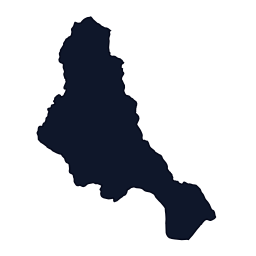 El Tambo, Cañar, Ecuador, rotated 92°
{"feature_id": "8360857B65217893137982", "entity_name": "El Tambo", "entity_type": "district", "adm_level": 2, "iso_a3": "ECU", "parent_name": "Ecuador", "parent_adm1": "Cañar", "projection": "albers", "projection_center": [-78.917, -2.482], "detail": "fine", "context": "isolated", "style": "filled", "palette": "ink", "viewbox_px": 256, "rotation_deg": 92, "n_neighbors": 0, "source": "geoboundaries", "source_scale": "gbopen_adm2", "svg_char_len": 5872}
<svg xmlns="http://www.w3.org/2000/svg" viewBox="0 0 256 256"><g transform="rotate(92 128 128)"><path d="M179.5,78.5L179.5,79.7L179.3,80.4L178.4,81.6L177.1,81.9L175.8,81.7L174.1,82.6L173.5,82.5L172.4,83.2L172.1,83.9L171.0,84.4L170.2,85.6L168.6,86.7L168.1,87.2L167.5,87.4L166.7,87.5L165.4,87.5L164.7,87.6L163.3,88.1L161.5,89.2L158.2,92.1L157.0,92.8L155.7,93.3L155.1,93.7L154.4,94.3L154.1,94.9L153.6,96.2L152.2,98.6L151.8,99.4L151.5,100.0L149.8,101.3L149.4,101.8L147.6,104.3L146.6,105.4L146.1,105.7L145.5,106.0L144.9,106.3L144.3,106.6L143.5,106.8L141.6,107.6L141.1,108.0L140.6,108.5L140.7,109.8L140.3,110.3L139.9,111.0L140.1,112.6L139.2,113.4L138.6,113.6L137.2,113.9L135.1,113.7L133.9,113.9L130.8,115.3L129.3,116.2L125.1,119.2L124.0,119.7L122.3,119.1L120.3,118.2L119.1,117.8L118.1,117.6L116.2,118.0L114.8,119.1L113.2,120.9L112.5,121.2L111.9,121.3L111.0,121.0L110.1,121.2L109.0,121.1L107.7,121.1L106.6,120.7L105.8,120.8L104.7,120.3L103.9,120.4L103.2,120.3L101.6,121.0L99.9,123.5L98.9,124.4L98.5,125.1L98.3,125.8L97.5,126.7L96.5,127.8L96.2,128.2L95.7,130.6L95.4,131.4L94.6,132.1L93.4,132.8L91.3,133.7L90.1,133.7L89.2,133.4L87.9,133.1L86.2,133.2L85.4,133.3L84.1,134.1L81.0,135.6L80.1,136.3L79.6,136.4L78.7,136.4L77.5,136.2L76.6,135.8L74.7,134.7L74.0,134.4L73.7,134.3L73.2,134.4L72.8,134.7L72.2,135.3L71.7,135.6L69.7,135.8L69.1,135.7L68.9,136.1L68.5,136.7L67.8,137.3L67.6,137.4L66.8,137.1L66.6,137.1L66.2,137.3L65.6,137.0L65.0,136.9L64.1,136.4L63.7,135.5L63.2,135.0L62.8,134.8L61.8,136.1L61.1,136.2L60.8,136.4L60.2,137.3L59.4,138.2L58.8,140.8L57.1,143.5L56.9,144.7L57.1,145.9L57.0,146.9L56.7,147.6L56.1,148.5L55.7,148.8L55.3,149.0L53.7,148.8L53.3,149.0L52.8,149.6L52.4,149.8L50.4,150.0L49.7,150.2L48.1,150.4L42.3,150.1L41.0,150.2L39.7,150.5L37.7,150.3L37.1,150.1L35.0,149.6L32.8,150.1L32.4,150.1L31.8,149.8L31.3,149.1L29.5,151.6L29.2,152.4L29.0,153.1L28.9,154.9L27.9,156.7L27.4,158.1L26.3,159.3L25.4,160.5L25.1,161.0L24.6,162.6L21.0,166.9L19.6,168.0L18.5,169.1L18.9,170.0L19.3,172.2L19.7,173.2L20.7,175.0L21.4,175.9L23.2,177.6L24.2,178.2L24.8,178.9L25.0,179.4L25.0,179.9L25.2,180.6L25.2,181.9L25.0,182.8L24.5,184.0L24.4,184.5L24.8,184.8L27.2,185.4L28.5,185.9L29.6,186.6L30.7,187.5L31.7,187.7L32.9,187.4L34.0,187.2L35.6,187.4L37.3,187.7L38.5,188.5L38.9,189.1L39.2,190.1L40.5,191.3L41.5,192.9L43.3,193.7L44.5,194.5L45.6,195.1L47.3,195.0L47.6,195.2L52.4,198.0L54.1,198.1L55.3,198.8L56.2,199.0L57.2,198.8L58.5,198.4L59.3,198.3L60.2,198.5L61.8,199.2L63.5,198.9L64.3,198.3L64.8,197.6L65.7,195.1L66.6,194.7L67.9,194.6L69.0,194.7L70.1,194.6L72.5,193.6L73.8,193.2L74.9,193.4L75.9,193.8L76.8,193.8L78.3,193.4L79.1,192.9L79.8,192.9L80.5,192.6L80.6,192.0L81.2,191.8L82.9,191.6L83.6,191.2L84.1,191.2L88.6,192.9L89.4,193.2L90.2,193.2L90.6,193.1L91.0,192.8L91.0,192.4L90.7,191.8L90.9,191.5L91.6,191.1L92.3,191.0L93.5,191.2L94.9,191.8L95.8,192.3L97.6,193.0L98.4,193.6L99.4,196.0L97.9,196.9L97.5,197.6L97.3,198.3L98.5,200.1L99.7,201.2L100.5,202.0L101.1,202.1L102.5,202.2L103.0,202.5L103.5,203.0L104.0,203.1L104.9,202.2L105.4,201.9L106.1,201.9L106.6,202.1L107.1,202.6L107.5,203.5L107.8,204.8L108.2,205.1L109.9,205.4L110.6,205.8L110.9,206.3L111.1,207.6L111.5,208.5L112.1,208.7L113.2,208.3L114.2,207.5L114.9,207.5L116.0,208.0L117.5,208.3L118.9,208.3L119.8,208.7L120.3,209.4L120.9,209.9L121.7,210.1L122.6,210.1L123.4,210.2L124.9,210.8L126.0,211.4L126.2,212.3L127.3,212.9L128.3,213.1L129.1,213.1L129.5,213.4L129.6,214.1L129.5,215.6L129.6,216.1L129.7,216.5L130.5,217.2L131.3,217.4L134.1,217.6L135.2,218.2L136.1,218.5L136.8,218.3L137.6,217.9L139.0,217.3L142.5,217.0L143.7,215.9L144.4,215.1L144.9,214.8L145.0,214.6L146.6,211.9L148.8,208.7L149.2,208.3L149.7,208.1L150.9,206.0L151.7,204.1L153.3,202.3L155.2,198.2L156.0,195.9L156.3,194.1L156.5,193.6L156.8,193.3L158.1,192.5L159.9,190.6L160.4,190.1L162.4,189.5L163.9,188.7L164.4,188.2L165.2,186.4L165.7,185.8L166.1,185.5L167.0,185.3L169.8,184.9L171.0,184.8L173.0,185.0L173.9,184.8L174.4,184.6L174.9,184.0L175.8,181.9L176.1,181.5L176.7,181.1L177.5,180.7L178.5,180.6L180.5,179.9L181.6,179.8L183.0,179.8L183.5,179.7L184.2,179.4L186.1,178.1L186.7,177.6L187.1,177.0L187.2,176.4L187.2,175.7L186.6,173.7L187.0,173.3L187.5,172.1L187.8,171.3L187.9,170.4L187.3,169.0L185.2,166.7L184.7,165.4L184.1,162.6L183.7,161.2L183.7,160.5L184.6,158.4L184.6,158.0L184.4,156.6L185.2,154.2L185.8,152.7L186.1,152.2L186.4,152.0L188.3,152.5L190.1,153.5L190.5,153.6L190.9,153.3L191.5,152.6L191.8,152.5L194.6,152.8L196.0,152.5L197.2,151.8L197.7,151.2L198.4,149.8L199.3,145.1L199.3,144.5L199.1,143.7L199.0,142.6L198.6,141.2L198.5,140.5L199.4,139.7L199.9,139.5L201.1,139.6L201.4,139.5L201.9,139.1L201.8,138.6L201.2,137.5L201.1,136.8L198.2,133.5L196.7,131.4L195.5,130.3L195.1,129.1L194.8,128.6L194.4,128.2L193.2,127.6L192.7,127.3L190.2,126.7L189.8,126.4L189.4,126.0L188.8,124.8L187.3,123.1L187.0,122.0L186.6,120.9L186.5,120.0L186.7,118.9L187.1,117.7L187.3,114.1L187.7,112.3L188.1,111.3L189.3,109.8L189.9,108.9L190.3,107.8L191.0,103.6L191.8,101.8L192.9,99.8L193.6,99.0L196.1,97.6L199.8,94.0L200.8,92.8L202.2,91.5L204.3,89.6L206.6,87.8L209.9,87.5L212.2,87.1L215.3,86.8L217.9,86.6L221.9,86.7L223.5,86.5L224.0,86.5L231.3,86.0L232.6,85.6L233.9,84.9L234.9,84.2L236.0,82.9L236.7,80.2L237.0,77.7L237.5,70.4L237.0,65.2L237.1,64.2L237.2,63.7L235.7,62.6L232.6,60.0L226.8,55.9L223.4,53.2L222.3,52.5L221.4,51.3L220.1,50.6L217.6,48.5L217.1,47.8L216.6,46.8L216.4,45.9L216.5,45.4L217.3,43.0L217.3,42.1L216.7,40.8L215.5,38.8L214.8,38.1L213.9,37.5L212.6,38.1L209.5,38.8L208.2,39.4L207.8,39.8L207.0,41.4L206.5,41.9L205.4,42.5L201.8,44.2L199.5,45.8L197.1,48.0L196.1,48.7L192.5,50.4L191.5,51.1L189.8,52.6L187.2,53.7L186.5,54.2L184.3,56.5L183.0,58.1L182.7,60.3L182.8,61.1L182.1,63.3L181.9,64.8L182.1,65.7L181.9,66.5L180.4,69.4L180.3,70.0L180.5,70.4L182.0,71.2L182.4,72.2L182.4,72.7L181.8,74.3L181.1,75.7L180.4,76.0L179.8,76.4L179.8,77.8L179.5,78.5Z" fill="#0f172a" stroke="#020617" stroke-width="1.5"/></g></svg>